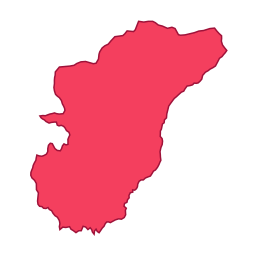 Cordeiros, Bahia, Brazil, rotated 183°
{"feature_id": "56859067B54638855899687", "entity_name": "Cordeiros", "entity_type": "district", "adm_level": 2, "iso_a3": "BRA", "parent_name": "Brazil", "parent_adm1": "Bahia", "projection": "robinson", "projection_center": [-41.901, -15.032], "detail": "fine", "context": "isolated", "style": "filled", "palette": "rose", "viewbox_px": 256, "rotation_deg": 183, "n_neighbors": 0, "source": "geoboundaries", "source_scale": "gbopen_adm2", "svg_char_len": 2990}
<svg xmlns="http://www.w3.org/2000/svg" viewBox="0 0 256 256"><g transform="rotate(183 128 128)"><path d="M46.8,232.3L51.4,231.6L57.6,229.3L62.4,228.5L64.7,227.5L66.9,226.6L75.8,224.0L80.4,223.4L82.5,223.8L86.2,229.8L89.4,230.9L93.8,229.6L99.0,231.6L103.1,232.4L106.2,234.6L108.9,235.8L113.2,235.6L117.8,234.6L123.0,235.1L125.9,226.4L127.5,224.6L134.0,224.9L136.2,221.8L138.0,220.0L145.9,218.5L149.6,214.1L152.1,210.7L155.4,208.9L158.0,206.6L160.2,202.6L160.8,200.2L161.1,195.3L163.3,191.0L166.0,190.4L173.9,192.2L178.5,191.6L182.6,189.7L185.1,187.8L189.3,186.8L199.7,185.3L203.5,180.2L203.5,176.9L203.9,174.7L204.0,171.9L203.8,168.5L204.1,164.6L203.4,161.2L202.1,157.8L200.2,156.1L198.1,154.7L195.9,151.9L194.8,148.7L193.5,146.6L192.4,144.4L191.9,142.2L193.5,138.9L197.5,138.3L200.2,138.6L202.2,139.2L204.5,138.4L206.6,137.9L208.5,137.1L211.2,135.9L213.6,136.0L216.6,135.4L215.4,133.7L213.7,132.5L211.9,131.7L210.2,130.2L207.1,128.8L204.7,129.6L201.7,130.1L199.8,130.1L198.8,127.2L197.0,126.5L194.8,127.2L192.4,126.3L190.9,124.8L189.3,122.2L186.7,120.6L185.7,118.0L186.7,115.6L187.4,113.5L187.2,111.0L187.1,108.5L189.0,107.9L191.1,108.8L192.5,106.8L193.3,103.8L194.4,101.7L197.5,101.9L199.9,103.6L201.0,105.4L202.8,108.4L204.8,108.7L206.5,106.6L207.0,103.3L206.9,100.2L208.1,97.6L210.4,96.2L212.5,95.3L215.3,95.5L217.6,96.2L218.1,93.2L218.3,91.0L219.7,88.2L220.7,85.7L221.1,83.1L221.9,80.9L222.6,78.6L222.6,75.7L221.3,73.1L218.5,70.8L216.6,67.7L216.2,61.6L214.1,58.6L214.3,54.6L214.5,50.3L213.9,47.1L212.2,45.2L209.8,45.0L208.2,43.5L205.8,43.3L203.7,44.4L202.3,42.5L199.9,41.4L198.4,38.9L196.3,36.6L193.8,35.2L191.7,31.9L191.0,28.9L191.4,25.9L190.7,23.0L187.9,25.6L184.9,25.4L181.2,26.4L179.6,23.9L177.3,22.7L174.5,20.8L171.9,22.8L169.3,23.0L167.7,27.5L165.1,26.9L162.7,24.5L160.5,26.4L158.9,24.5L158.1,22.3L156.3,20.2L156.0,23.5L154.6,25.3L153.3,23.1L151.4,21.9L149.6,24.8L148.4,26.8L146.8,28.6L145.8,31.1L144.4,33.0L142.5,33.2L140.7,32.6L138.6,33.9L135.8,35.6L132.6,36.8L129.7,36.6L127.1,38.4L125.8,41.2L126.3,45.7L125.5,47.8L127.9,49.7L127.5,52.5L125.2,53.7L124.7,56.4L123.2,58.3L123.5,60.7L122.3,63.5L119.9,64.2L120.1,66.4L118.0,66.3L116.4,67.8L115.5,69.8L115.3,72.6L114.1,75.4L112.2,76.8L109.9,77.0L108.0,79.0L105.7,80.1L103.1,81.2L102.1,82.9L100.3,86.3L98.4,87.5L96.6,90.1L95.2,93.0L94.4,95.4L93.5,97.5L94.1,100.8L94.4,103.6L94.8,106.0L94.1,110.2L93.0,113.3L92.8,116.7L93.4,119.2L95.4,121.3L95.4,124.0L95.5,126.7L94.6,128.6L94.2,131.2L93.8,133.8L92.2,135.1L92.0,138.1L90.1,140.1L90.0,144.1L89.1,148.7L88.5,152.0L86.9,154.6L85.0,157.5L83.3,160.0L81.4,161.7L79.0,164.2L76.6,166.6L74.3,167.7L73.1,170.1L71.2,173.0L68.3,173.6L65.8,174.5L64.3,176.3L62.1,176.2L60.3,176.7L58.5,178.5L56.9,180.6L56.2,184.5L53.6,187.8L51.0,189.4L49.1,191.1L46.5,192.6L43.9,194.5L42.6,197.3L41.5,199.7L40.3,202.4L37.8,204.3L36.5,206.2L34.8,208.3L33.4,210.6L35.7,213.1L38.0,215.9L39.3,219.6L39.2,222.4L39.4,225.0L42.0,227.1L44.3,229.4L46.8,232.3Z" fill="#f43f5e" stroke="#9f1239" stroke-width="1.5"/></g></svg>